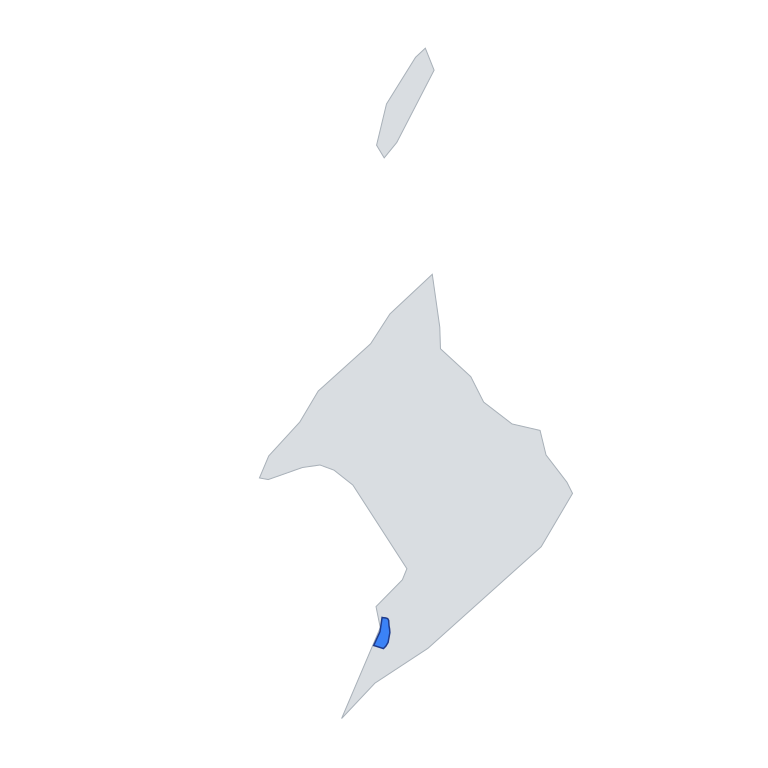 Point Fortin highlighted on a map of Trinidad and Tobago, rotated 320°
{"feature_id": "TTO-60", "entity_name": "Point Fortin", "entity_type": "City", "adm_level": 1, "iso_a3": "TTO", "parent_name": "Trinidad and Tobago", "parent_adm1": "", "projection": "orthographic", "projection_center": [-61.662, 10.176], "detail": "fine", "context": "in_parent", "style": "filled", "palette": "blue", "viewbox_px": 768, "rotation_deg": 320, "n_neighbors": 0, "source": "natural_earth", "source_scale": "10m", "svg_char_len": 870}
<svg xmlns="http://www.w3.org/2000/svg" viewBox="0 0 768 768"><g transform="rotate(320 384 384)"><path d="M458.1,589.0L399.8,609.7L247.8,614.7L184.8,607.3L136.5,613.0L224.5,568.3L234.8,549.4L272.2,545.8L282.8,540.2L295.2,441.4L290.3,417.8L282.9,404.9L267.8,395.5L233.9,382.8L228.2,375.9L249.5,365.0L295.1,359.0L329.1,347.1L399.6,344.6L433.7,334.1L491.5,331.0L463.2,376.4L449.9,393.3L455.2,434.2L448.7,461.9L456.4,496.9L473.7,519.9L462.5,542.5L461.0,576.8L458.1,589.0ZM549.0,207.2L529.5,210.9L531.8,196.3L565.9,171.1L618.2,154.0L631.5,153.3L624.1,175.8L549.0,207.2Z" fill="#d9dde1" stroke="#a8b0b8" stroke-width="1"/><path d="M208.0,577.7L221.8,571.1L232.5,561.6L233.1,562.4L235.0,564.4L236.0,566.1L235.6,568.1L232.3,572.6L230.9,575.1L228.7,578.2L221.0,584.6L216.9,586.0L213.5,586.3L209.1,579.3L208.0,577.7Z" fill="#3b82f6" stroke="#1e3a8a" stroke-width="1.5"/></g></svg>